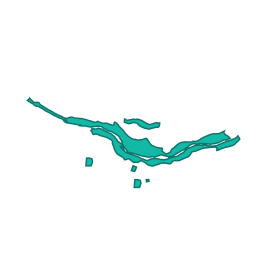 Adfu, Aswan, Egypt, rotated 124°
{"feature_id": "37247803B96122561755956", "entity_name": "Adfu", "entity_type": "district", "adm_level": 2, "iso_a3": "EGY", "parent_name": "Egypt", "parent_adm1": "Aswan", "projection": "mercator", "projection_center": [32.835, 24.945], "detail": "fine", "context": "isolated", "style": "filled", "palette": "teal", "viewbox_px": 256, "rotation_deg": 124, "n_neighbors": 0, "source": "geoboundaries", "source_scale": "gbopen_adm2", "svg_char_len": 5843}
<svg xmlns="http://www.w3.org/2000/svg" viewBox="0 0 256 256"><g transform="rotate(124 128 128)"><path d="M161.5,226.8L161.3,221.7L161.0,220.1L161.4,218.5L161.4,217.2L161.1,216.0L160.5,215.3L160.2,214.3L160.1,211.7L159.9,211.1L159.8,207.2L159.9,206.2L159.1,199.9L159.0,196.8L158.5,193.9L158.4,192.6L157.9,189.8L157.4,188.4L157.4,186.8L157.5,186.2L157.7,185.3L158.0,185.0L158.2,184.5L158.3,183.0L157.9,181.5L157.5,181.5L156.9,181.9L156.4,183.1L156.2,184.2L156.7,184.8L156.9,185.3L156.2,184.7L156.1,183.8L156.4,182.7L156.9,181.7L157.6,181.2L157.1,179.8L156.6,179.0L156.2,177.8L155.4,176.4L154.7,174.5L153.3,171.5L153.2,171.2L153.2,169.4L152.7,168.5L152.6,169.3L152.4,169.5L152.1,169.3L152.0,169.1L151.8,168.5L151.8,167.4L151.2,166.0L150.2,164.9L149.7,163.1L148.0,159.4L146.3,157.7L145.7,156.7L144.4,155.4L143.5,154.1L142.7,152.7L142.1,151.9L141.7,151.0L141.8,147.6L141.5,146.0L141.3,143.1L140.4,140.3L140.1,137.6L139.9,134.3L140.0,130.8L140.5,129.8L141.6,127.9L141.8,127.0L142.2,126.1L143.2,124.8L144.3,123.8L144.6,122.9L145.2,122.1L146.2,119.7L146.8,117.8L146.9,117.1L147.3,116.7L147.2,115.8L148.0,115.7L148.2,115.0L148.1,114.4L147.6,113.5L147.3,112.5L146.2,109.8L145.8,108.2L145.1,106.6L144.3,103.9L143.9,102.8L143.6,101.4L142.9,99.8L142.6,98.8L141.6,97.2L141.4,96.1L141.0,95.3L139.2,92.8L138.5,92.3L138.1,91.7L137.6,90.9L137.4,90.2L137.0,89.6L136.3,88.9L134.8,88.0L134.5,87.5L133.7,86.9L133.3,86.8L131.7,85.6L131.3,84.9L130.7,82.5L130.1,81.4L129.2,78.1L127.9,77.1L127.3,76.1L125.9,75.0L123.5,74.1L118.4,71.6L117.1,71.1L114.8,69.6L108.3,67.3L107.7,67.2L105.6,65.9L104.7,65.2L103.5,64.0L103.5,63.0L103.5,62.6L99.8,58.8L99.6,58.5L99.6,57.8L96.2,52.8L95.9,51.3L95.6,50.7L93.7,49.0L93.2,48.4L92.9,47.7L92.2,47.3L91.8,46.8L90.4,45.6L89.9,45.0L89.2,44.5L86.0,42.9L83.9,41.4L83.5,40.8L83.4,40.2L82.8,39.9L82.5,39.5L80.5,38.3L80.3,38.0L79.5,37.5L79.1,39.3L78.9,39.5L79.0,44.4L78.1,46.2L76.7,46.4L80.8,48.8L82.2,49.8L83.2,51.2L85.2,54.1L87.9,56.5L89.2,57.4L93.4,60.0L96.6,61.7L97.8,62.0L99.3,62.8L100.5,63.6L101.7,65.0L102.8,66.9L104.3,67.6L106.8,71.5L107.4,72.7L108.5,73.9L109.7,75.3L111.3,76.4L112.0,76.9L113.4,77.5L114.9,78.0L118.5,78.8L120.8,79.7L122.0,79.8L124.3,79.3L126.9,80.8L128.2,82.0L128.4,82.9L128.3,84.3L128.1,86.6L128.0,87.1L126.0,87.7L125.7,88.4L126.7,90.3L128.1,93.4L128.8,97.0L129.0,98.3L128.9,100.0L128.6,101.1L127.5,103.4L126.3,106.6L127.1,107.9L129.3,109.4L130.4,110.5L132.3,112.9L132.9,113.8L133.2,115.3L133.9,116.3L134.8,118.8L134.7,123.5L133.8,127.5L132.5,131.2L131.6,136.4L130.8,137.9L130.3,141.3L130.7,142.4L131.5,142.4L132.7,141.6L133.5,141.7L134.4,142.3L135.4,145.8L135.9,148.3L136.7,149.5L137.7,150.8L138.5,152.2L139.4,156.8L140.9,157.6L141.8,158.5L143.1,162.9L143.8,164.7L144.5,167.3L146.0,171.4L149.8,178.2L150.0,179.6L150.5,180.8L151.1,181.7L154.0,183.9L154.8,185.2L155.4,186.7L155.6,190.1L155.9,191.2L156.8,197.3L156.9,200.4L157.4,205.2L157.6,210.9L157.8,213.6L156.8,216.2L157.3,217.3L158.9,219.5L159.4,220.7L159.1,222.5L158.8,223.3L158.8,224.4L158.3,226.3L159.0,226.2L161.5,226.8ZM151.0,157.2L150.9,156.4L152.7,154.0L152.7,153.1L152.2,152.7L151.0,151.3L150.1,148.9L150.0,147.5L148.0,141.4L147.4,138.6L147.2,135.6L147.5,133.6L149.4,132.4L152.1,128.7L153.3,127.3L154.3,125.5L155.3,123.1L155.6,121.4L155.1,115.8L156.2,113.1L155.9,112.6L154.9,111.7L153.4,110.7L153.1,109.9L153.0,108.6L153.4,104.1L153.2,103.8L152.5,103.2L150.9,100.5L148.9,99.7L147.7,98.9L147.2,95.8L147.2,93.4L147.4,92.3L147.3,91.4L147.3,90.6L146.4,87.4L145.7,86.3L144.5,85.2L143.6,84.7L142.4,83.5L139.4,81.4L138.3,80.5L136.4,77.7L134.5,73.6L133.6,72.7L131.3,72.4L130.4,72.3L129.1,71.4L126.7,67.5L120.4,63.6L118.3,62.0L115.8,61.5L112.2,61.6L111.6,61.3L109.3,59.0L103.8,55.2L101.6,53.4L100.6,51.9L98.1,49.1L96.9,47.4L95.2,45.4L94.6,43.2L96.9,41.8L96.0,40.9L92.2,38.5L90.8,37.4L89.6,36.6L87.1,34.0L83.8,31.4L82.4,30.7L81.5,30.3L80.0,30.2L78.5,29.8L77.3,29.4L74.7,29.2L74.5,29.5L74.0,29.9L74.0,30.5L73.7,31.2L73.1,32.5L75.0,32.7L76.9,33.5L81.1,36.3L83.2,38.0L86.4,40.3L86.9,40.9L87.6,41.1L89.4,42.2L93.2,44.8L95.4,47.3L96.2,48.4L97.3,50.3L97.8,51.4L98.6,54.1L100.9,56.9L102.4,59.4L105.2,62.8L108.3,64.6L109.6,65.5L111.1,66.8L111.8,67.2L113.7,67.7L116.7,68.2L117.5,68.5L118.9,69.1L120.5,70.0L122.6,70.6L124.2,71.6L125.8,73.2L129.5,76.7L130.4,77.4L131.2,77.4L134.0,80.2L136.0,83.5L136.4,85.0L137.1,86.6L138.0,88.0L138.4,89.1L139.2,89.8L141.1,91.9L143.9,93.4L144.4,94.0L144.6,94.7L145.2,97.7L146.0,100.5L146.0,101.8L146.2,103.8L146.6,105.2L147.3,107.0L147.8,109.7L148.3,111.3L148.5,112.6L148.9,113.5L149.2,114.6L149.4,115.7L149.4,117.2L149.1,119.0L148.7,120.2L148.5,122.4L148.3,122.7L147.9,122.9L147.5,123.8L147.4,123.6L147.5,123.2L147.7,122.7L148.1,122.5L148.2,122.1L148.2,121.4L148.5,120.7L148.7,119.6L148.6,118.7L146.2,122.7L145.2,124.1L144.9,124.9L144.7,128.2L145.1,128.6L145.1,128.9L144.0,130.6L143.6,131.9L143.4,132.8L142.8,133.9L142.4,137.8L142.3,138.9L142.8,141.7L143.4,146.4L143.5,148.4L143.8,149.7L144.4,151.1L144.7,152.2L145.5,153.2L146.3,153.4L146.6,153.7L147.0,154.2L147.9,156.0L148.5,157.6L149.0,157.3L149.9,157.1L151.0,157.2ZM122.8,135.7L125.2,134.4L125.0,133.3L124.1,130.0L123.1,128.7L122.5,128.3L120.2,126.4L119.9,125.3L119.2,124.2L118.9,123.0L119.5,121.1L119.7,118.7L118.9,114.2L117.1,109.9L112.0,105.5L110.2,103.2L109.1,103.2L107.6,103.7L106.4,104.3L106.1,104.5L107.2,106.0L107.6,107.4L109.1,108.7L110.7,109.8L112.5,111.3L113.3,112.3L113.9,116.6L114.0,118.1L114.0,119.8L114.8,123.9L115.9,125.8L116.7,126.4L118.0,129.0L118.9,129.6L120.8,131.7L122.0,132.6L122.2,133.3L122.4,135.8L122.8,135.7ZM167.0,93.4L173.8,89.6L170.8,85.2L166.7,86.3L164.6,88.5L165.6,91.5L167.0,93.4ZM182.9,141.7L179.9,137.4L175.9,138.5L173.7,140.7L174.8,143.6L176.1,145.5L182.9,141.7ZM156.4,102.7L161.4,101.4L160.3,98.2L157.7,98.6L155.7,99.1L156.4,102.7ZM162.2,82.6L160.5,80.8L159.1,81.9L160.6,84.0L162.2,82.6Z" fill="#14b8a6" stroke="#0f766e" stroke-width="1.5"/></g></svg>